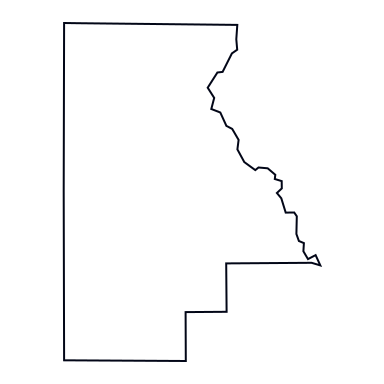 Highlands, Florida, United States of America
{"feature_id": "52423323B72534166962454", "entity_name": "Highlands", "entity_type": "district", "adm_level": 2, "iso_a3": "USA", "parent_name": "United States of America", "parent_adm1": "Florida", "projection": "equal_earth", "projection_center": [-81.156, 27.34], "detail": "fine", "context": "isolated", "style": "outline", "palette": "ink", "viewbox_px": 384, "rotation_deg": 0, "n_neighbors": 0, "source": "geoboundaries", "source_scale": "gbopen_adm2", "svg_char_len": 651}
<svg xmlns="http://www.w3.org/2000/svg" viewBox="0 0 384 384"><path d="M64.1,360.2L64.1,360.3L185.8,361.0L185.6,312.1L226.6,311.8L226.2,263.4L311.6,262.8L320.3,265.4L315.6,255.1L308.0,259.1L303.4,251.3L303.9,243.1L298.9,241.0L296.4,234.0L296.8,216.3L294.2,212.5L285.7,212.6L281.3,198.3L276.9,193.0L281.8,188.4L281.7,181.1L274.8,179.0L275.3,174.8L267.7,168.3L258.5,167.5L255.3,170.1L244.3,162.1L237.4,149.4L238.6,139.9L232.2,128.9L226.4,125.9L220.3,112.5L211.3,109.0L214.2,97.9L207.7,87.7L217.4,72.5L222.6,71.9L231.9,53.4L237.2,49.7L236.3,39.3L237.3,24.9L77.9,23.2L64.1,23.0L63.7,191.3L64.1,360.2Z" fill="none" stroke="#020617" stroke-width="2"/></svg>